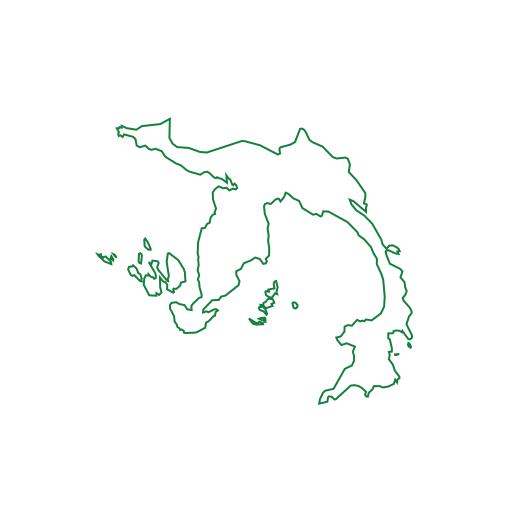 SVG path tracing the border of Sulawesi Tengah, rotated 146°
{"feature_id": "IDN-557", "entity_name": "Sulawesi Tengah", "entity_type": "Province", "adm_level": 1, "iso_a3": "IDN", "parent_name": "Indonesia", "parent_adm1": "", "projection": "equal_earth", "projection_center": [121.786, -0.946], "detail": "fine", "context": "isolated", "style": "outline", "palette": "green", "viewbox_px": 512, "rotation_deg": 146, "n_neighbors": 0, "source": "natural_earth", "source_scale": "10m", "svg_char_len": 6140}
<svg xmlns="http://www.w3.org/2000/svg" viewBox="0 0 512 512"><g transform="rotate(146 256 256)"><path d="M235.0,143.5L230.7,141.9L224.9,143.9L222.3,147.6L221.1,147.9L218.0,147.0L215.5,144.6L207.9,146.5L206.2,143.5L203.9,142.9L202.7,141.3L200.4,141.9L196.2,138.0L184.7,138.5L178.2,142.3L172.1,150.2L163.8,165.2L162.1,171.1L160.4,181.7L157.3,186.1L157.0,192.6L155.7,199.2L157.0,209.5L159.4,215.8L158.6,219.0L161.2,233.0L171.1,252.3L175.2,255.4L178.9,252.5L180.4,252.7L182.4,257.1L185.6,258.4L190.7,269.7L189.5,277.6L192.7,282.7L194.4,289.4L196.0,291.9L199.7,289.2L205.2,287.5L205.0,290.5L206.0,291.5L208.7,291.9L214.5,290.8L217.2,293.6L219.6,294.0L221.5,292.8L225.1,286.1L227.5,275.6L231.1,272.2L234.1,265.7L237.4,262.0L240.7,255.0L244.9,249.1L249.5,248.1L250.1,245.4L252.0,244.4L254.4,245.4L254.5,251.4L257.6,255.2L262.7,255.2L270.2,256.8L275.6,253.7L280.8,254.4L282.9,251.3L283.8,244.3L286.9,241.5L303.5,240.3L307.6,241.8L311.4,240.4L317.0,243.8L329.6,241.1L331.5,238.8L327.8,237.7L326.9,236.0L320.0,235.0L318.5,233.8L318.1,232.2L320.8,232.1L323.4,229.4L324.3,230.0L331.7,228.4L334.6,228.7L338.3,224.9L348.1,226.0L350.1,227.0L357.8,231.8L358.6,232.8L357.8,234.2L358.7,236.6L360.2,237.1L359.9,238.8L360.8,241.0L360.0,243.8L360.2,247.0L357.6,251.9L356.6,260.6L354.7,263.5L352.3,264.4L348.0,262.3L346.4,259.0L342.7,255.2L342.8,250.2L339.6,247.2L337.5,250.8L334.4,251.8L326.5,253.1L324.3,252.3L322.7,254.3L320.2,261.9L317.9,265.9L317.3,269.1L313.8,271.8L312.4,276.8L308.5,280.6L305.9,285.6L304.3,287.0L302.9,290.8L296.4,299.7L285.4,309.4L283.0,307.8L278.3,310.0L276.1,309.4L271.9,313.4L268.7,314.3L266.3,313.8L266.0,315.3L262.6,317.7L260.0,327.0L256.3,332.9L252.5,334.4L248.0,334.6L245.2,330.4L242.3,329.1L241.4,325.3L237.3,324.7L235.8,322.6L233.7,322.9L232.8,325.6L233.3,328.0L235.4,327.4L235.7,328.7L234.6,333.8L235.4,336.0L235.4,339.5L239.1,333.0L241.1,338.6L244.4,343.1L245.6,342.8L247.0,344.9L248.2,350.9L249.3,353.2L251.9,354.4L256.8,354.6L264.0,363.2L265.5,365.9L267.6,373.2L270.4,377.2L275.1,387.6L275.7,389.4L275.5,395.6L279.5,401.2L283.2,402.4L285.0,404.7L286.0,409.4L291.6,411.2L293.1,414.3L290.6,420.3L291.1,423.3L297.4,430.6L300.0,429.3L301.0,432.0L302.6,432.2L302.1,434.2L300.4,435.3L300.0,439.7L298.0,438.5L297.2,439.1L295.7,437.5L294.6,439.1L291.8,434.4L284.6,427.6L278.0,427.5L261.6,418.9L250.7,417.9L261.8,402.3L262.3,395.8L260.5,390.4L251.3,383.2L244.3,373.6L238.9,369.3L203.6,359.3L201.2,357.6L190.8,345.6L181.2,328.0L178.7,327.5L176.8,331.6L175.1,332.5L165.2,329.1L160.0,328.6L148.4,336.7L146.8,336.1L145.7,334.2L145.4,331.2L146.8,322.3L145.4,318.6L139.6,309.3L137.0,295.0L134.7,291.8L126.7,287.5L125.5,285.2L127.0,279.3L132.1,273.8L130.3,262.5L130.2,247.1L132.4,243.7L137.1,239.3L135.4,236.9L135.7,236.1L137.7,234.7L140.1,231.1L144.6,247.1L146.8,250.3L148.0,245.4L147.3,237.7L143.6,228.9L141.6,218.0L142.9,199.6L144.5,195.0L144.0,190.3L143.6,189.0L139.9,190.1L136.7,188.4L134.5,184.5L133.8,181.9L134.2,179.6L136.2,180.7L136.7,178.0L139.1,180.3L142.8,186.5L145.0,187.6L146.0,187.2L147.4,183.7L149.3,174.7L143.7,164.7L143.2,161.3L148.2,157.5L147.5,151.3L149.7,146.8L150.7,142.6L153.8,140.4L157.8,139.2L158.6,136.5L157.4,127.1L157.9,123.4L158.6,121.8L163.1,120.2L169.4,115.3L171.1,103.0L172.4,101.0L174.9,100.8L176.2,101.9L176.5,112.1L177.7,111.2L178.9,113.8L181.0,115.6L183.8,116.8L184.9,115.6L186.3,115.7L189.6,117.9L192.4,113.9L191.6,112.1L195.2,103.0L196.9,100.8L199.4,102.2L200.7,98.9L203.5,96.3L203.3,89.2L205.0,83.4L204.6,75.8L205.4,74.5L207.8,74.5L209.8,72.3L209.8,75.6L213.3,72.9L220.0,74.0L224.6,76.3L226.1,78.8L230.9,82.2L234.1,80.2L238.9,79.6L242.0,76.8L243.1,77.9L243.2,80.0L240.7,81.9L241.9,87.1L243.7,90.9L246.6,93.9L250.0,95.6L270.2,92.6L271.2,93.2L271.9,96.9L274.0,98.8L275.3,98.6L278.3,95.3L286.2,98.3L282.9,101.6L277.2,105.0L274.1,105.7L266.0,102.5L245.4,112.8L237.7,111.6L233.2,114.4L230.7,118.2L229.2,122.5L224.7,125.6L229.7,133.0L235.0,134.4L235.6,140.7L235.0,143.5ZM360.8,278.8L366.5,283.1L365.2,294.9L361.2,299.8L358.1,301.6L356.4,300.2L355.3,301.2L355.0,298.1L353.3,295.9L353.2,294.0L351.0,294.0L349.2,297.6L348.3,310.9L347.3,307.7L344.4,310.1L340.4,306.4L340.5,304.8L344.4,301.7L344.8,299.1L343.5,285.3L342.9,284.4L342.0,286.3L339.5,288.0L333.4,301.0L327.7,307.4L326.4,307.0L322.7,295.8L323.2,285.4L324.1,282.2L328.7,274.4L333.0,276.0L335.6,273.8L340.5,273.3L342.5,275.0L343.3,274.7L344.0,272.2L345.1,271.9L348.4,278.2L345.6,281.8L345.8,284.9L347.2,286.9L347.6,291.9L352.9,283.7L354.7,278.7L358.0,277.9L359.3,280.9L360.8,278.8ZM369.5,308.5L370.4,310.2L369.5,316.5L367.3,318.0L364.4,316.5L363.1,317.0L362.0,312.2L363.1,307.9L362.1,305.3L363.5,301.0L365.0,300.1L364.9,298.9L366.1,300.0L367.6,308.3L369.5,308.5ZM265.9,212.5L268.3,214.7L269.6,218.0L268.3,221.0L267.3,221.3L264.7,218.5L265.4,220.4L264.5,221.3L258.8,218.8L256.8,223.2L255.1,224.4L253.3,224.0L255.6,217.9L259.2,214.7L259.8,212.5L261.4,214.4L265.9,212.5ZM276.3,207.0L277.7,208.8L277.1,211.9L276.1,212.9L273.6,212.5L270.5,213.6L268.5,213.0L266.3,210.6L267.0,207.0L270.0,207.6L270.2,205.4L276.3,207.0ZM341.7,321.5L342.9,326.2L339.6,331.9L338.1,332.4L338.0,327.5L339.4,320.7L339.9,320.1L341.7,321.5ZM384.7,336.3L385.4,340.1L384.6,339.6L383.2,340.6L380.9,339.6L379.7,334.1L379.6,331.9L380.5,330.2L384.7,336.3ZM282.8,211.1L281.9,211.8L280.2,210.9L279.6,213.0L278.7,212.2L278.1,206.7L279.1,201.9L280.2,201.5L280.6,205.6L283.0,209.2L282.8,211.1ZM355.5,314.1L356.5,315.4L356.3,317.3L351.7,323.3L350.5,323.1L349.9,321.8L350.4,320.1L355.5,314.1ZM296.4,201.5L296.8,208.1L293.6,201.0L291.9,199.4L290.0,199.7L287.9,196.4L288.3,195.5L294.0,198.9L296.4,201.5ZM249.3,195.0L249.0,192.0L250.7,190.4L252.8,190.4L253.8,192.2L252.3,196.3L250.8,196.7L249.3,195.0ZM286.6,199.0L288.6,202.3L286.4,201.8L283.2,199.9L283.1,199.1L285.0,196.1L285.8,196.8L285.1,198.8L286.6,199.0ZM178.3,94.1L179.2,93.6L180.0,95.7L179.6,97.5L178.3,98.6L177.7,96.6L178.3,94.1ZM385.8,341.7L386.5,344.3L386.4,346.1L385.4,344.5L383.6,344.2L384.8,341.1L385.8,341.7ZM376.9,332.2L378.1,335.1L376.0,336.8L376.1,333.2L376.9,332.2ZM192.0,94.7L195.6,95.7L196.5,97.0L192.0,94.7ZM372.4,332.4L373.2,336.2L373.2,337.3L372.5,336.2L372.4,332.4Z" fill="none" stroke="#15803d" stroke-width="2"/></g></svg>